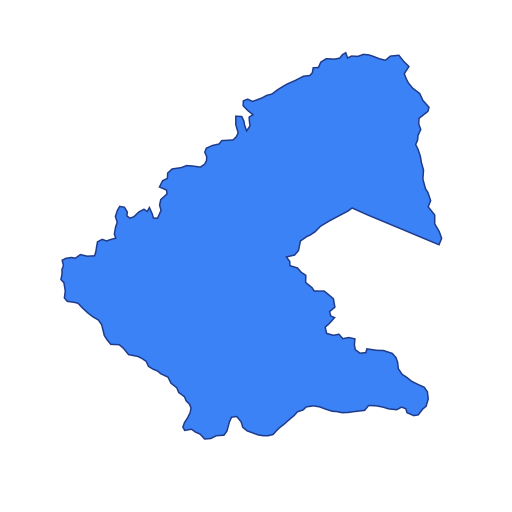 outline of Varjão, Goiás, Brazil, rotated 80°
{"feature_id": "56859067B20794706091127", "entity_name": "Varjão", "entity_type": "district", "adm_level": 2, "iso_a3": "BRA", "parent_name": "Brazil", "parent_adm1": "Goiás", "projection": "mercator", "projection_center": [-49.607, -17.086], "detail": "fine", "context": "isolated", "style": "filled", "palette": "blue", "viewbox_px": 512, "rotation_deg": 80, "n_neighbors": 0, "source": "geoboundaries", "source_scale": "gbopen_adm2", "svg_char_len": 3396}
<svg xmlns="http://www.w3.org/2000/svg" viewBox="0 0 512 512"><g transform="rotate(80 256 256)"><path d="M426.7,111.2L419.5,110.8L414.5,113.1L410.1,119.5L406.4,124.5L401.6,128.7L398.0,132.6L391.8,135.4L385.0,135.0L380.4,135.8L375.5,138.8L371.2,147.0L369.8,153.7L366.7,162.9L370.2,164.6L369.8,170.4L365.5,174.5L360.5,174.5L354.8,173.0L352.4,178.8L352.5,184.8L347.4,188.0L347.6,193.4L344.5,199.9L338.1,200.2L335.1,195.4L330.3,189.3L328.1,192.8L323.5,193.2L320.1,187.2L311.6,187.2L306.1,191.7L302.4,194.9L300.6,204.8L297.1,206.2L290.7,211.7L283.7,210.3L279.8,214.4L275.0,217.2L271.4,224.3L267.3,223.7L262.2,226.2L261.8,217.9L258.0,213.2L249.0,209.7L245.8,202.9L244.7,198.8L242.4,193.6L237.9,187.4L234.1,177.5L227.8,157.9L225.4,153.0L234.9,139.0L276.7,73.8L270.8,70.1L263.8,71.3L255.4,74.4L246.6,72.9L237.5,77.9L231.8,74.4L223.3,75.7L219.2,77.4L209.3,78.3L200.4,76.1L192.5,76.9L186.4,76.8L179.6,77.8L173.9,79.4L170.1,76.8L165.4,75.5L160.0,71.8L154.3,72.8L148.8,71.6L143.4,61.6L139.6,59.8L131.6,64.7L124.5,66.5L117.6,72.8L112.0,75.9L107.1,77.4L102.2,78.3L96.0,72.5L89.9,76.8L83.1,80.5L82.5,89.0L85.7,94.6L83.2,100.2L79.6,106.1L77.5,110.1L76.1,115.2L77.1,121.0L75.7,127.2L76.9,131.5L71.4,132.3L72.8,136.0L75.7,139.2L75.7,144.8L73.9,152.6L76.3,158.5L81.2,161.8L80.6,167.0L85.3,168.7L87.6,171.7L87.2,178.1L89.9,186.7L91.9,194.9L93.1,198.5L96.0,205.8L99.3,212.3L99.7,217.7L101.3,222.4L103.2,232.5L100.1,237.0L101.0,241.5L105.7,242.6L111.2,238.9L116.4,234.5L118.0,238.6L121.9,239.1L126.8,239.3L131.2,243.5L125.4,244.5L121.2,244.5L116.2,245.8L114.8,251.6L123.2,253.1L131.6,252.2L135.1,254.6L137.7,258.5L137.2,263.4L136.4,269.7L139.3,272.9L139.6,279.7L141.2,286.2L144.9,288.4L149.6,287.3L153.3,288.1L156.6,290.5L158.8,295.4L156.4,302.7L154.9,308.7L156.0,314.2L155.7,323.5L159.0,328.6L164.2,329.8L165.6,334.9L171.3,339.1L175.5,332.7L179.4,332.8L183.9,340.0L189.1,342.1L194.6,341.6L201.7,346.4L200.8,350.4L196.5,350.9L189.8,352.6L193.3,355.4L190.5,358.2L192.3,363.7L196.1,369.4L196.9,373.5L194.1,376.2L190.3,375.1L185.2,377.1L183.5,381.6L187.0,384.6L192.7,387.6L198.7,386.8L203.0,389.2L209.8,391.7L214.1,391.0L214.5,396.2L215.2,400.6L212.9,404.6L214.5,409.6L218.4,411.1L223.5,412.8L227.8,414.9L226.9,422.2L224.1,428.7L226.8,434.3L225.4,438.0L225.3,443.7L226.5,447.6L232.0,447.3L235.5,449.4L240.2,450.2L245.3,452.2L249.0,449.8L257.4,449.9L264.0,452.0L267.9,449.8L269.9,443.5L271.6,439.5L277.1,435.9L283.1,431.3L287.4,427.4L291.7,422.3L296.9,419.9L307.9,419.2L312.5,417.3L317.8,414.3L319.6,406.1L324.0,402.5L331.0,398.6L334.3,390.0L336.9,386.4L340.6,382.5L346.1,381.0L349.5,377.1L352.1,373.0L355.6,370.0L360.0,363.7L366.5,361.8L372.0,356.9L377.0,355.8L382.3,350.8L386.4,350.0L390.5,347.2L394.4,346.4L398.9,348.1L403.5,351.5L407.7,355.4L411.7,357.7L415.4,356.5L415.4,349.6L418.9,346.2L421.7,342.0L427.3,338.4L427.9,332.2L426.1,326.2L426.9,318.7L423.3,315.0L415.0,311.1L410.5,308.1L410.7,302.9L416.6,299.5L422.5,298.7L426.7,295.1L429.2,290.7L432.5,285.1L434.2,280.2L435.1,275.2L434.7,270.1L432.0,266.7L429.3,262.8L426.3,257.2L422.4,250.9L419.9,246.4L416.6,242.2L415.8,236.4L413.3,232.7L413.6,225.2L415.7,219.4L418.9,214.0L422.1,208.0L423.2,203.6L425.3,198.3L426.1,192.3L426.2,187.8L426.9,175.8L422.8,171.1L424.4,163.6L426.9,157.1L429.5,152.1L431.8,144.2L430.1,138.9L432.4,135.0L436.5,134.5L440.6,128.3L440.6,123.8L435.7,118.4L433.5,114.6L426.7,111.2Z" fill="#3b82f6" stroke="#1e3a8a" stroke-width="1.5"/></g></svg>